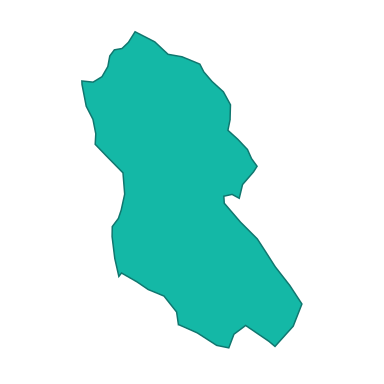 map outline of Cetinje (Natural Earth projection), rotated 12°
{"feature_id": "MNE-1500", "entity_name": "Cetinje", "entity_type": "Municipality", "adm_level": 1, "iso_a3": "MNE", "parent_name": "Montenegro", "parent_adm1": "", "projection": "natural_earth1", "projection_center": [18.874, 42.501], "detail": "fine", "context": "isolated", "style": "filled", "palette": "teal", "viewbox_px": 384, "rotation_deg": 12, "n_neighbors": 0, "source": "natural_earth", "source_scale": "10m", "svg_char_len": 933}
<svg xmlns="http://www.w3.org/2000/svg" viewBox="0 0 384 384"><g transform="rotate(12 192 192)"><path d="M103.0,47.1L124.4,52.9L139.9,62.3L154.1,61.8L173.1,65.3L178.6,72.1L188.7,79.8L201.9,87.5L211.5,98.7L214.0,112.4L214.2,113.2L214.3,124.2L225.8,130.9L237.4,138.9L243.3,147.0L250.3,153.3L248.0,159.5L239.9,174.2L239.5,188.3L231.7,186.0L224.0,189.5L225.9,196.3L245.7,211.4L265.6,224.3L276.8,235.5L288.9,247.8L307.2,263.2L322.8,278.7L318.9,302.2L305.3,325.8L298.1,322.0L272.2,311.4L262.6,322.4L260.4,336.8L248.0,336.9L226.4,328.7L206.5,324.5L206.3,324.6L201.9,312.6L186.2,299.6L169.4,296.5L157.0,291.4L139.9,285.9L138.0,289.8L130.3,273.1L123.1,252.2L121.2,242.4L125.5,233.1L126.5,224.4L126.6,208.1L120.5,187.6L100.4,174.3L87.4,165.5L85.8,155.1L80.0,141.5L70.7,130.1L62.1,109.8L61.2,106.3L72.4,105.1L80.0,97.9L83.6,86.8L83.3,76.0L86.5,69.1L93.7,66.2L98.7,58.8L103.0,47.1Z" fill="#14b8a6" stroke="#0f766e" stroke-width="1.5"/></g></svg>